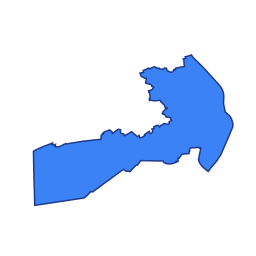 Huyen Cai Lay, Tiền Giang, Vietnam, rotated 261°
{"feature_id": "81297802B21182108853425", "entity_name": "Huyen Cai Lay", "entity_type": "district", "adm_level": 2, "iso_a3": "VNM", "parent_name": "Vietnam", "parent_adm1": "Tiền Giang", "projection": "equal_earth", "projection_center": [106.102, 10.405], "detail": "fine", "context": "isolated", "style": "filled", "palette": "blue", "viewbox_px": 256, "rotation_deg": 261, "n_neighbors": 0, "source": "geoboundaries", "source_scale": "gbopen_adm2", "svg_char_len": 5877}
<svg xmlns="http://www.w3.org/2000/svg" viewBox="0 0 256 256"><g transform="rotate(261 128 128)"><path d="M72.5,200.4L73.5,201.5L75.5,203.4L78.2,206.6L79.8,208.5L82.4,211.3L84.8,213.3L86.3,214.9L86.8,215.3L102.9,225.6L104.1,226.4L105.1,226.8L107.6,228.5L111.6,230.9L112.5,231.5L114.0,232.0L115.2,232.2L118.0,232.1L118.6,232.0L120.5,231.7L122.0,231.3L123.4,230.6L124.9,229.7L127.4,227.6L127.8,227.3L128.3,226.9L128.9,226.5L129.9,226.5L131.4,226.4L136.4,226.2L137.8,226.3L140.4,226.8L142.0,227.1L143.5,227.5L146.3,227.7L148.4,227.7L149.9,227.4L152.0,226.8L154.2,225.9L156.5,224.6L172.7,214.0L173.1,213.7L178.5,210.0L180.4,208.6L182.3,207.2L186.6,204.0L187.6,203.2L187.8,203.1L189.7,202.3L190.2,202.1L189.7,199.0L189.4,195.7L188.0,196.2L187.5,193.3L187.0,193.5L186.4,193.7L185.8,193.7L184.2,193.6L182.6,193.4L181.5,193.4L179.8,193.4L179.9,192.4L179.9,190.8L179.9,189.3L179.9,189.1L179.8,188.0L179.7,186.0L179.6,184.3L178.1,184.0L178.3,183.3L178.6,182.8L178.6,182.7L178.5,182.3L178.0,182.1L177.1,181.6L176.2,180.6L176.3,180.1L176.5,179.1L176.8,178.2L177.1,177.6L177.8,176.7L178.7,175.7L179.2,175.5L179.9,175.4L180.6,175.4L181.1,175.0L181.3,174.8L181.4,174.6L181.5,174.3L181.5,173.8L181.4,173.5L181.3,173.2L180.9,172.6L180.8,171.9L180.9,171.2L180.8,169.9L181.0,169.3L181.1,169.0L181.3,168.8L181.9,168.5L182.1,168.3L182.3,167.9L182.3,166.6L182.3,166.3L182.9,165.8L183.3,165.5L183.4,165.2L183.5,165.0L183.8,164.5L184.1,164.1L184.3,164.0L184.4,163.9L184.0,161.9L183.5,160.2L182.8,158.8L183.9,158.1L182.4,152.0L180.5,152.1L180.4,149.7L180.4,148.5L176.9,149.1L174.5,152.5L174.4,153.8L173.4,153.8L171.9,153.2L169.5,152.5L168.8,154.0L168.0,155.7L167.6,156.5L167.4,157.1L167.2,157.5L166.5,158.0L166.1,158.2L165.7,158.1L165.3,158.0L164.3,159.8L162.9,158.6L162.4,158.0L162.3,157.9L162.1,157.6L162.1,157.4L162.0,157.1L161.8,156.4L161.6,154.2L159.9,154.2L159.8,154.9L155.2,154.7L154.7,154.4L154.1,154.3L153.8,153.6L151.8,153.6L151.9,154.4L151.9,154.8L151.8,155.1L151.7,155.5L151.2,156.7L150.8,158.3L150.6,158.8L150.6,159.5L150.5,160.9L150.5,161.5L150.4,162.6L150.4,162.9L150.1,163.7L150.0,164.4L149.4,164.5L148.5,164.6L147.5,165.6L146.4,166.2L145.4,167.4L144.4,167.6L143.0,167.8L142.1,168.0L142.2,169.6L141.4,169.9L140.6,168.1L139.7,166.6L139.0,165.5L138.3,165.0L137.5,164.4L137.0,164.2L136.7,164.2L136.4,164.4L136.0,164.9L136.0,165.1L136.0,165.3L136.1,165.6L136.1,165.8L136.0,166.0L135.8,166.2L135.5,166.2L135.2,166.4L135.0,166.6L134.7,166.8L134.3,167.0L133.9,167.0L133.5,167.0L133.2,167.1L133.0,167.5L132.8,167.8L132.6,168.1L132.5,168.5L132.4,169.1L132.2,170.1L132.0,170.8L131.9,171.0L131.8,171.3L131.6,171.4L131.3,171.4L131.1,171.4L130.9,171.6L130.4,171.9L130.3,171.7L129.8,171.7L129.1,171.9L128.8,172.0L128.5,172.2L128.4,171.8L128.1,170.6L127.9,169.9L127.6,169.6L127.4,169.5L127.2,169.5L126.7,169.4L126.5,169.5L126.2,169.5L125.8,169.3L125.6,168.9L125.6,168.3L125.6,167.8L125.6,167.2L125.8,166.7L126.3,165.6L126.7,165.1L126.7,164.3L126.7,164.0L126.6,163.8L126.1,162.8L125.8,162.4L125.6,162.0L125.5,161.8L125.5,161.5L125.5,161.0L125.4,160.7L125.2,160.2L124.9,159.8L124.1,159.5L124.9,158.6L125.7,158.1L126.1,157.4L126.0,157.0L126.0,156.8L125.9,156.4L125.9,156.1L125.5,155.1L125.4,154.4L125.4,154.1L125.3,153.9L125.2,153.6L124.9,153.5L124.7,153.5L124.4,153.6L124.2,153.7L123.9,153.7L123.4,153.7L123.2,151.4L122.7,151.6L121.5,152.0L120.9,152.0L120.4,151.7L119.7,150.9L119.1,150.6L119.0,150.3L118.9,149.9L119.0,148.9L120.0,148.7L121.3,148.6L120.7,146.7L118.9,143.3L118.2,143.7L116.6,140.6L116.6,140.3L116.4,138.0L119.0,137.8L118.3,136.7L118.2,136.5L118.2,136.3L118.2,136.0L118.2,135.8L118.6,135.4L120.0,134.2L121.3,133.0L123.0,131.8L123.7,131.1L122.3,127.3L121.0,123.8L120.9,123.6L121.0,123.3L121.1,123.2L121.6,123.1L122.3,123.0L122.6,122.9L122.8,122.7L123.0,122.4L123.2,121.9L123.4,121.0L123.5,120.8L123.8,120.4L124.0,120.2L124.3,120.1L124.7,120.0L125.1,120.0L125.9,120.0L126.5,120.1L127.1,120.4L127.4,120.4L127.5,120.3L127.6,120.2L127.9,119.2L128.2,118.6L128.0,117.7L127.4,116.3L125.2,112.4L125.1,112.0L125.2,111.6L126.3,111.6L126.8,111.5L127.3,111.2L127.5,111.0L128.3,110.2L128.8,109.8L129.0,109.6L128.4,107.0L128.2,105.9L127.8,103.9L126.4,101.8L126.2,101.9L126.1,102.1L126.0,102.4L126.0,102.5L125.6,102.2L125.5,101.9L125.4,101.3L125.3,100.9L125.0,100.5L124.7,100.3L122.9,99.9L121.0,99.5L121.1,98.1L121.3,96.2L121.5,91.5L121.6,89.4L121.6,88.1L121.8,84.7L121.8,84.0L121.9,83.1L122.0,82.2L121.9,76.3L121.9,75.5L121.9,73.7L121.9,69.0L121.8,64.4L122.4,64.1L120.2,56.9L120.9,53.1L123.1,53.8L122.7,52.7L122.5,52.0L123.9,51.3L123.6,50.5L125.0,51.0L124.7,50.2L124.1,47.1L123.0,41.7L122.6,40.1L121.8,37.3L121.6,36.4L121.2,34.8L120.7,33.2L119.8,31.0L117.0,30.6L111.0,29.7L87.3,26.5L81.3,25.8L75.4,25.0L69.5,24.2L66.2,23.8L66.2,25.9L66.1,28.0L66.1,29.9L66.1,30.8L66.1,33.1L66.1,33.4L66.1,35.0L66.0,44.3L66.0,46.9L66.0,49.6L65.9,52.2L65.9,54.8L65.9,57.4L65.9,60.1L65.8,67.9L65.8,73.1L65.8,74.0L66.2,74.7L68.2,77.6L70.5,80.6L71.2,81.3L70.3,82.9L70.6,83.5L72.8,87.7L74.1,90.2L76.8,95.3L77.6,97.0L81.8,105.1L82.8,107.1L83.6,108.5L85.0,111.3L85.9,113.1L87.9,117.1L87.3,117.7L86.2,118.7L85.8,119.2L85.6,119.6L85.3,120.9L85.0,122.1L84.6,123.1L87.0,126.1L89.9,130.1L90.1,130.5L90.0,130.9L89.8,131.4L92.2,133.9L92.9,134.7L93.8,135.4L93.4,137.8L92.9,140.6L91.7,147.4L91.5,148.4L90.5,154.0L90.0,157.5L88.5,157.7L86.9,160.3L86.4,161.7L86.1,163.1L86.0,164.2L85.7,165.3L86.1,166.7L86.2,166.9L86.2,168.1L86.6,170.3L87.5,170.1L87.2,172.3L90.3,172.6L90.3,173.0L90.2,173.9L90.9,174.3L91.8,175.3L93.7,177.2L93.2,183.5L93.2,184.3L93.6,184.4L94.9,184.5L95.4,185.3L96.1,185.2L98.2,186.0L98.3,186.1L98.3,186.4L98.3,186.7L98.5,187.3L98.5,187.7L98.5,188.1L98.4,188.5L98.3,189.6L98.0,191.8L97.9,193.3L97.8,194.6L97.6,195.7L96.9,195.5L96.7,196.7L96.7,196.8L90.8,194.5L87.9,193.5L86.0,192.9L85.9,192.7L83.7,192.9L82.4,193.3L80.9,193.9L78.2,195.5L75.2,197.9L72.5,200.4Z" fill="#3b82f6" stroke="#1e3a8a" stroke-width="1.5"/></g></svg>